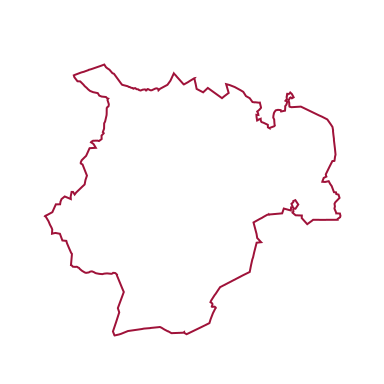 the district of Lauberes pag., Ogre, Latvia, rotated 171°
{"feature_id": "27541924B63076675035337", "entity_name": "Lauberes pag.", "entity_type": "district", "adm_level": 2, "iso_a3": "LVA", "parent_name": "Latvia", "parent_adm1": "Ogre", "projection": "albers", "projection_center": [25.005, 56.837], "detail": "fine", "context": "isolated", "style": "outline", "palette": "rose", "viewbox_px": 384, "rotation_deg": 171, "n_neighbors": 0, "source": "geoboundaries", "source_scale": "gbopen_adm2", "svg_char_len": 5713}
<svg xmlns="http://www.w3.org/2000/svg" viewBox="0 0 384 384"><g transform="rotate(171 192 192)"><path d="M217.5,53.0L203.9,57.1L195.3,59.8L194.6,61.2L193.6,63.3L190.3,69.0L187.2,73.3L186.6,73.8L186.7,74.2L187.6,75.2L190.1,75.4L190.4,75.7L190.1,76.4L189.7,77.0L189.4,77.6L189.4,78.6L189.8,79.2L191.0,80.3L190.4,81.3L189.8,82.1L185.9,86.5L184.5,87.8L181.5,91.1L179.7,93.0L179.4,93.4L179.2,93.6L154.6,101.8L147.5,104.0L145.2,110.3L143.0,115.9L141.9,117.9L140.1,122.5L136.1,131.8L131.6,131.6L134.8,136.4L134.8,140.5L135.7,149.3L135.8,150.3L136.0,152.3L129.5,154.7L127.0,155.5L125.1,156.3L121.3,157.7L120.9,157.8L119.7,157.6L119.7,157.9L119.6,158.0L119.4,157.7L109.2,157.0L106.3,156.8L103.9,161.3L97.3,158.3L96.5,161.3L94.7,161.1L95.6,164.8L93.6,166.1L93.4,167.2L91.2,167.8L89.0,163.0L92.4,159.3L93.7,159.8L93.9,159.7L94.8,158.8L94.9,156.8L96.0,156.0L96.0,155.9L93.3,152.8L87.2,151.6L87.7,149.1L83.2,142.2L78.3,144.7L76.7,145.6L75.9,145.5L68.9,144.3L53.3,141.9L52.5,141.8L52.5,142.3L52.4,142.6L49.7,143.9L49.1,145.2L49.3,147.6L52.7,148.3L52.6,148.5L52.8,148.7L52.9,149.1L53.2,150.5L53.9,153.3L53.7,153.9L53.4,154.7L53.2,155.0L53.1,155.5L53.1,158.0L52.7,158.6L52.0,159.5L47.6,162.8L47.2,163.1L47.7,166.5L49.8,167.4L49.8,169.1L51.8,169.6L53.1,176.0L54.3,178.4L55.3,181.3L58.9,181.1L61.7,181.7L61.5,182.2L59.7,185.3L56.9,186.2L57.0,186.5L57.1,188.5L52.2,195.5L48.5,200.6L46.6,200.4L46.4,200.5L45.2,204.5L44.4,206.4L44.2,209.5L44.0,213.3L43.7,221.2L43.5,222.2L43.5,222.8L43.4,226.3L43.2,230.1L43.1,230.6L43.0,230.8L43.1,234.3L44.4,237.2L47.0,242.5L51.9,246.1L54.7,247.9L71.1,259.3L80.5,260.2L82.3,261.0L82.4,261.3L82.0,265.4L82.3,266.5L82.1,267.9L81.4,268.4L80.8,269.5L79.7,270.0L78.7,268.9L76.8,269.6L77.1,270.5L78.0,273.1L79.4,274.9L80.1,274.1L80.6,273.8L81.4,273.8L82.6,274.1L82.8,273.7L82.5,273.4L82.5,273.1L83.2,272.4L83.3,271.6L83.7,271.1L83.7,270.3L83.7,269.6L83.8,269.2L83.8,268.8L84.2,268.5L84.2,268.4L85.1,267.8L85.4,267.5L84.5,266.9L83.8,266.3L83.8,266.1L84.7,264.4L85.0,263.6L86.5,262.2L86.6,261.7L86.6,261.3L87.4,257.8L90.8,257.6L91.4,257.6L91.6,258.8L91.6,259.0L94.2,259.7L96.2,259.6L96.6,259.5L98.1,258.0L98.5,257.5L98.6,257.2L99.0,256.5L99.0,256.3L99.6,254.8L100.1,252.8L99.5,250.8L99.9,246.1L99.8,244.7L100.5,244.1L105.5,243.1L105.5,242.9L106.9,244.0L106.6,246.5L110.5,249.2L112.4,250.2L112.5,250.5L112.7,251.1L113.0,252.5L112.9,252.9L112.7,253.2L112.7,253.5L112.9,253.4L114.1,253.4L114.7,253.2L116.0,252.5L116.5,252.4L116.5,255.9L116.3,258.2L114.4,257.7L114.4,259.4L115.0,261.3L113.5,262.1L112.4,262.9L110.9,264.1L110.6,264.6L111.0,269.3L111.0,269.7L112.1,269.8L115.7,270.8L115.9,270.7L116.0,270.7L118.2,271.4L120.3,275.6L123.7,278.3L125.7,282.9L128.2,285.0L133.4,289.0L138.2,291.8L141.4,293.2L140.3,284.1L145.0,281.6L147.7,280.0L160.1,292.3L165.4,288.7L171.3,293.1L171.5,298.2L171.5,298.9L171.6,299.0L171.9,303.8L171.7,304.0L171.9,304.0L176.8,302.0L178.8,301.1L183.2,299.5L183.4,299.6L189.2,308.6L189.4,309.0L189.5,309.2L191.3,311.8L191.4,312.0L191.6,311.7L195.7,305.6L196.0,305.2L199.5,301.7L207.5,298.9L209.2,297.7L209.3,298.7L209.3,298.9L209.5,299.2L210.0,299.6L210.7,299.9L211.7,299.9L212.0,299.9L215.8,298.8L217.2,299.0L219.3,300.5L219.7,300.6L220.4,300.3L221.0,299.5L221.5,299.4L221.7,299.7L221.9,300.3L222.4,300.7L224.6,300.8L226.7,300.3L226.9,300.3L227.8,300.7L228.3,300.9L228.9,301.7L229.5,301.9L230.8,302.3L231.4,303.1L231.9,303.5L232.3,303.5L233.8,303.2L234.0,303.4L234.3,304.0L234.8,304.1L235.7,304.4L237.2,305.5L237.7,305.5L238.4,306.0L238.9,306.5L244.2,308.8L245.0,310.1L250.6,321.0L252.0,321.8L254.4,325.7L255.8,327.0L256.3,327.4L257.0,328.3L257.4,328.6L258.7,331.6L262.6,330.8L272.8,329.0L273.1,329.0L275.0,328.8L275.2,328.6L278.9,327.9L279.7,327.7L282.6,327.4L289.4,326.0L290.5,325.7L290.2,323.7L287.8,319.3L285.1,318.7L282.4,315.0L281.4,313.3L279.7,311.3L278.6,309.7L276.9,307.8L274.1,306.1L269.6,304.4L268.5,301.7L266.3,300.4L262.2,299.3L260.9,297.6L260.2,297.3L260.8,296.7L261.0,296.3L261.1,296.1L260.4,291.7L260.8,290.4L261.1,289.7L261.5,289.4L262.2,289.2L262.6,288.7L263.1,288.2L263.9,283.4L264.3,281.5L264.5,280.9L266.8,275.2L267.7,274.0L268.0,273.6L268.9,268.5L269.1,268.0L270.7,265.1L270.2,264.5L270.1,264.2L270.0,263.8L272.5,261.9L272.8,259.8L272.8,259.4L273.0,258.4L275.1,257.3L275.9,256.9L276.2,257.0L277.2,257.5L281.7,258.1L283.5,257.4L284.0,256.9L282.6,255.7L281.8,254.8L281.5,254.2L280.1,250.7L286.3,251.3L286.4,251.2L288.9,247.3L290.9,244.3L291.1,244.1L292.3,243.3L293.4,242.5L296.0,240.6L297.2,238.7L297.4,237.8L297.4,237.6L295.8,236.3L293.2,224.6L295.3,220.6L296.9,216.2L299.6,214.4L306.5,209.6L308.3,207.9L309.5,210.7L310.9,210.9L312.6,206.3L312.8,204.0L318.4,207.5L322.0,205.4L322.1,205.2L323.4,203.0L324.2,200.5L328.4,201.1L333.1,193.9L338.5,192.0L340.6,191.4L341.0,191.1L340.2,190.3L338.3,185.6L337.4,181.9L336.3,178.7L335.9,176.8L336.8,172.7L334.6,172.9L333.2,172.9L329.0,171.4L327.6,164.4L323.8,163.4L323.5,161.0L322.4,156.5L320.9,150.8L320.3,149.8L320.5,148.6L322.3,141.4L323.0,138.7L322.6,138.5L322.2,138.2L321.4,136.9L319.1,136.3L317.6,136.2L317.0,135.9L316.7,135.6L316.6,135.4L315.5,134.7L314.9,133.6L313.1,131.5L310.5,129.3L309.3,128.7L306.5,128.7L305.3,129.2L304.6,129.3L303.5,129.3L302.9,129.1L301.3,128.1L300.1,127.1L299.3,126.7L296.5,125.7L293.4,124.9L291.5,125.1L288.6,124.9L285.2,124.0L284.3,123.8L283.2,124.0L282.6,124.5L281.9,124.4L280.4,123.9L279.0,122.1L279.2,121.7L279.2,121.3L276.0,107.8L275.0,103.9L283.4,88.9L282.7,84.5L287.3,75.4L291.9,66.6L291.0,62.5L290.9,62.4L286.4,62.7L284.3,63.0L277.0,64.7L263.2,64.5L260.8,64.6L254.5,64.1L254.3,64.2L245.7,63.7L244.9,63.7L244.5,63.5L243.3,62.7L240.9,60.6L237.7,58.2L237.4,58.2L234.4,55.8L222.7,54.4L221.8,54.8L221.9,54.3L219.6,52.4L217.5,53.0Z" fill="none" stroke="#9f1239" stroke-width="2"/></g></svg>